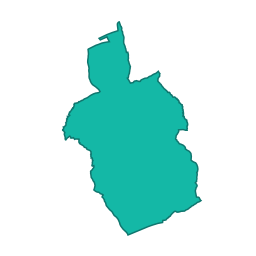 Alimpesti, Gorj, Romania (orthographic projection), rotated 354°
{"feature_id": "2599482B52876702526181", "entity_name": "Alimpesti", "entity_type": "district", "adm_level": 2, "iso_a3": "ROU", "parent_name": "Romania", "parent_adm1": "Gorj", "projection": "orthographic", "projection_center": [23.791, 45.109], "detail": "fine", "context": "isolated", "style": "filled", "palette": "teal", "viewbox_px": 256, "rotation_deg": 354, "n_neighbors": 0, "source": "geoboundaries", "source_scale": "gbopen_adm2", "svg_char_len": 5789}
<svg xmlns="http://www.w3.org/2000/svg" viewBox="0 0 256 256"><g transform="rotate(354 128 128)"><path d="M116.8,234.4L137.9,228.1L142.1,227.1L147.7,226.0L152.5,225.6L153.0,223.6L154.2,223.5L154.9,223.6L156.3,223.3L156.6,222.8L157.7,221.9L158.4,221.7L158.6,221.3L159.4,221.0L159.5,220.6L159.8,220.3L160.6,220.2L161.0,219.9L161.6,218.9L162.2,218.5L162.8,217.8L165.6,215.8L166.8,215.9L167.7,216.7L168.9,216.9L170.9,216.7L171.9,216.4L175.6,216.5L177.2,215.5L177.9,215.4L179.7,214.7L180.9,213.7L182.0,213.3L182.9,212.4L184.8,211.8L185.9,211.0L187.5,210.4L189.0,209.3L191.4,208.7L193.0,207.8L192.5,207.3L191.4,204.6L190.5,204.1L189.2,204.0L188.9,203.8L188.4,198.5L188.5,196.9L189.2,195.5L189.5,194.3L190.2,193.7L190.7,192.7L190.6,192.2L190.4,191.4L189.2,189.5L190.7,188.1L190.6,187.7L191.2,185.6L191.2,184.2L191.9,181.8L192.0,180.6L191.7,179.9L191.7,179.3L192.4,179.0L193.1,176.7L193.2,175.7L193.1,173.6L192.8,172.6L192.6,171.6L191.8,170.0L191.4,169.6L189.3,168.4L187.4,166.7L187.4,166.2L188.0,162.9L187.9,159.9L187.6,159.3L186.5,157.6L184.4,156.2L182.8,154.7L183.0,154.0L182.8,153.0L182.2,152.1L181.1,150.9L178.7,149.5L177.4,149.1L176.4,147.1L175.5,146.2L175.2,144.9L174.4,144.4L174.2,143.8L174.3,143.3L174.7,142.6L174.8,141.7L175.3,140.3L176.2,139.4L178.0,136.9L178.1,136.5L178.1,135.1L182.7,135.3L185.2,136.3L186.6,136.4L186.6,136.1L186.4,135.4L186.9,134.8L186.7,132.8L187.1,132.4L187.0,132.1L187.0,131.9L187.5,131.6L187.5,131.3L187.7,131.0L187.6,130.5L187.8,130.2L187.6,129.7L187.6,128.7L187.4,128.1L187.0,127.9L187.3,126.9L187.0,126.6L187.1,126.2L186.7,126.1L186.7,125.9L186.3,125.4L185.6,125.0L185.2,124.3L185.1,123.7L185.1,123.3L184.9,123.0L185.0,122.5L184.4,122.3L184.5,121.9L183.9,121.7L184.5,120.6L184.6,120.2L184.3,119.8L184.7,119.5L184.6,119.2L184.3,118.9L184.6,118.5L184.3,118.3L184.7,118.0L184.7,117.3L184.6,116.5L184.3,116.1L184.7,115.8L184.5,114.8L184.2,114.4L184.2,113.8L184.5,113.3L184.6,112.8L184.6,112.4L184.3,112.3L184.2,111.9L184.3,110.6L183.3,110.2L182.9,109.4L182.2,108.7L181.7,108.4L181.9,108.0L181.3,107.4L181.5,106.8L181.4,106.3L180.8,105.7L180.7,105.2L180.3,105.2L180.2,104.7L179.8,104.5L179.8,104.0L179.7,103.8L179.2,103.9L179.1,103.6L178.7,103.3L178.6,103.0L177.9,102.2L177.3,102.0L176.9,102.2L175.8,101.9L175.5,100.8L174.9,100.3L174.8,99.6L174.3,99.5L173.8,98.9L173.5,98.1L173.5,97.7L173.4,97.5L172.6,96.7L171.6,96.9L171.2,96.7L171.1,96.2L170.2,94.8L169.2,93.9L168.6,93.1L168.0,92.7L166.9,90.8L166.6,90.6L166.5,90.3L165.8,89.2L165.4,88.1L164.8,87.7L164.4,87.0L164.3,86.7L163.7,86.1L162.5,84.5L162.6,83.7L162.9,83.4L162.8,82.7L162.9,82.1L163.7,81.0L164.9,79.8L165.1,77.6L165.4,77.3L164.5,75.9L164.1,74.8L161.6,76.5L158.8,77.3L156.4,78.6L154.5,79.0L152.6,80.2L151.8,80.3L149.9,80.3L146.5,81.4L145.9,81.7L145.1,82.9L144.1,82.9L143.9,82.6L143.4,82.7L141.3,81.8L140.7,82.1L140.0,81.9L138.9,82.3L138.5,82.7L138.2,83.3L135.1,83.6L133.8,80.6L132.6,78.4L133.2,78.3L133.5,77.9L133.8,77.2L134.1,75.6L135.2,73.5L135.3,72.5L135.5,72.1L135.7,71.1L136.4,68.7L136.3,68.3L136.8,67.4L135.8,63.5L135.8,62.8L135.3,60.9L135.3,59.8L135.7,58.9L135.8,56.5L136.0,55.7L136.0,54.8L135.7,52.6L134.4,52.7L134.2,51.2L134.0,48.7L133.7,48.1L133.6,46.6L132.6,43.2L132.8,40.7L133.3,38.3L133.4,37.3L133.2,36.1L132.6,34.0L132.6,31.6L131.9,30.3L131.9,29.7L132.3,27.9L132.0,27.4L132.0,27.0L131.9,26.5L131.3,25.7L130.4,21.6L129.7,21.7L129.2,22.1L128.6,22.8L128.3,23.5L128.2,25.0L128.3,28.7L128.2,30.2L122.4,31.4L116.9,32.9L108.6,35.8L109.7,37.5L116.6,35.2L117.1,36.8L118.5,40.2L113.5,40.5L110.9,40.8L107.0,41.9L105.0,42.3L97.2,45.2L96.5,45.6L96.5,48.3L96.4,50.5L95.9,52.4L95.9,53.1L95.1,56.3L94.8,58.4L95.0,60.4L95.4,62.9L95.5,64.8L95.1,66.1L95.0,67.4L95.1,69.6L94.6,73.1L94.7,74.6L95.4,76.7L95.5,77.6L96.3,79.6L96.7,80.3L97.5,81.4L100.1,83.6L102.7,86.4L103.4,87.5L104.0,88.8L103.3,89.4L102.5,89.7L100.9,89.9L99.6,89.9L97.1,90.5L94.1,91.7L90.8,93.6L87.5,94.6L85.6,95.8L85.0,95.7L84.4,96.1L83.6,96.2L82.6,96.9L81.8,96.7L81.0,97.6L79.3,97.9L79.0,97.7L78.4,98.0L77.6,97.9L77.5,98.2L76.9,98.5L76.7,99.0L77.0,99.5L76.5,100.6L76.3,101.3L75.7,102.3L75.2,102.2L75.1,103.0L73.9,103.5L73.8,104.3L73.5,104.5L73.1,105.0L71.6,106.1L71.8,106.5L71.2,106.9L70.4,108.5L71.4,109.2L71.4,109.4L70.5,109.8L69.9,110.5L69.0,110.1L68.9,110.8L69.0,111.1L68.9,111.7L68.1,112.4L68.5,112.9L67.8,113.5L67.7,115.1L66.6,116.4L66.9,117.0L66.6,118.4L66.2,118.7L66.3,119.0L66.1,119.2L64.8,120.0L64.6,120.4L63.9,120.3L64.0,120.8L63.8,121.4L63.9,121.7L63.9,122.0L63.7,122.4L62.9,122.8L62.8,123.3L62.9,123.6L63.3,123.8L64.0,124.5L64.2,125.2L64.7,125.7L64.4,126.2L64.4,126.7L64.0,127.2L64.0,127.7L64.6,130.7L64.4,131.9L64.5,133.0L64.9,133.3L66.4,131.7L69.3,130.0L70.2,131.4L70.0,131.9L71.3,132.2L72.6,131.9L73.4,133.0L73.7,133.7L74.4,133.5L75.3,133.5L78.0,133.9L77.9,134.6L78.1,134.7L77.8,136.0L77.7,137.0L78.6,137.7L78.2,138.4L81.6,140.9L82.3,141.8L82.4,142.4L83.2,142.9L84.1,143.2L84.7,143.8L84.7,144.4L85.1,145.0L87.8,146.4L88.6,147.5L88.7,147.8L88.5,149.3L88.7,149.8L88.2,150.3L88.5,150.8L88.1,151.9L88.2,152.6L88.3,153.3L88.6,153.6L88.4,154.0L89.1,154.0L89.1,154.4L89.4,154.8L89.2,155.8L89.7,156.6L89.3,156.9L89.2,157.9L88.9,158.5L88.9,159.6L88.2,161.6L88.4,162.0L88.9,162.2L90.0,161.8L90.1,162.4L89.9,163.6L89.5,164.1L88.5,165.1L87.5,166.3L86.7,166.7L86.2,167.6L86.4,168.3L86.1,168.9L86.2,169.9L86.3,173.5L87.1,174.6L87.9,177.1L88.4,177.7L88.5,178.1L88.8,178.3L89.2,181.4L89.1,182.2L87.8,185.8L87.6,186.0L88.1,186.6L89.6,187.9L90.7,188.5L92.1,188.8L93.2,189.7L93.5,190.4L95.0,191.0L96.2,191.8L96.2,192.3L95.6,192.6L95.0,193.9L95.6,194.3L96.1,195.3L96.3,195.8L97.0,196.7L96.9,196.9L96.9,198.1L97.9,200.0L98.3,202.9L101.2,207.3L103.3,209.5L105.1,213.5L107.3,215.6L108.0,216.8L108.6,217.7L109.7,221.1L110.0,223.2L110.7,225.0L112.7,228.3L115.6,231.6L116.5,233.2L116.8,234.4Z" fill="#14b8a6" stroke="#0f766e" stroke-width="1.5"/></g></svg>